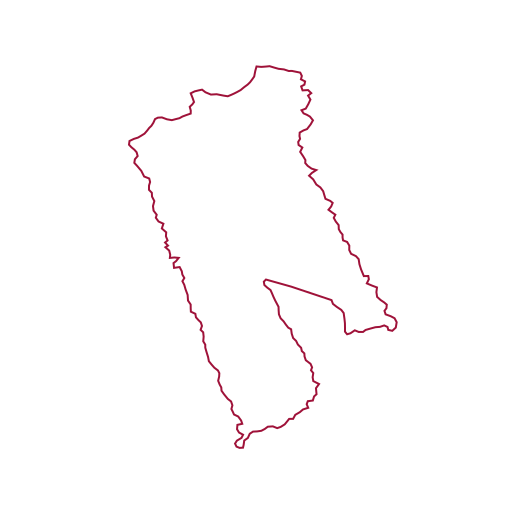 the district of Campo Azul, Minas Gerais, Brazil, rotated 287°
{"feature_id": "56859067B68712405721437", "entity_name": "Campo Azul", "entity_type": "district", "adm_level": 2, "iso_a3": "BRA", "parent_name": "Brazil", "parent_adm1": "Minas Gerais", "projection": "natural_earth1", "projection_center": [-44.775, -16.516], "detail": "fine", "context": "isolated", "style": "outline", "palette": "rose", "viewbox_px": 512, "rotation_deg": 287, "n_neighbors": 0, "source": "geoboundaries", "source_scale": "gbopen_adm2", "svg_char_len": 3896}
<svg xmlns="http://www.w3.org/2000/svg" viewBox="0 0 512 512"><g transform="rotate(287 256 256)"><path d="M329.0,101.4L325.3,102.0L323.6,105.0L322.1,108.6L320.3,111.5L317.0,113.6L313.1,111.9L309.5,112.4L307.4,116.0L303.9,121.4L299.3,125.8L298.9,131.2L295.8,133.1L292.1,133.1L288.0,134.3L286.0,137.9L282.4,139.2L278.8,142.7L273.6,142.9L269.4,144.8L266.4,149.0L263.3,149.0L260.5,152.7L259.8,158.0L254.8,157.9L252.4,163.2L248.5,164.1L245.0,166.9L242.3,165.1L240.2,168.8L237.9,166.8L235.8,171.4L232.1,173.6L229.0,174.2L230.7,178.3L231.6,182.6L227.8,181.1L225.1,179.2L220.7,181.1L223.1,186.2L219.7,189.5L216.7,191.0L214.0,193.9L210.4,193.0L207.5,195.8L203.5,198.4L198.8,202.0L193.5,204.0L190.5,207.7L187.0,208.8L183.7,210.0L183.0,214.9L179.8,216.5L177.8,219.8L176.4,222.6L173.3,224.8L169.2,224.6L167.6,227.8L163.6,229.5L159.0,230.5L156.4,233.4L153.5,234.3L150.1,236.5L145.4,239.7L141.6,241.7L139.3,245.1L137.0,248.8L135.4,253.1L133.2,255.2L130.0,256.0L125.6,256.3L122.4,258.9L120.2,261.2L117.1,262.4L114.4,265.9L111.1,270.8L109.6,274.7L106.3,277.1L102.5,277.2L100.2,279.4L98.0,281.3L97.3,285.9L94.3,289.9L91.5,291.9L89.1,287.6L84.8,288.5L82.2,291.4L81.3,295.9L77.8,295.3L73.8,291.7L70.5,290.8L68.0,293.1L67.7,296.4L68.9,299.6L71.8,299.4L76.1,298.7L79.6,301.4L84.2,302.0L87.2,304.5L88.6,308.4L90.4,312.2L93.2,315.0L96.2,317.2L98.0,321.9L97.6,326.6L99.8,329.6L103.4,332.7L107.3,334.3L109.9,335.3L111.1,339.1L115.6,340.0L119.5,343.6L123.0,345.8L126.1,350.3L129.1,347.8L132.3,348.0L134.4,352.6L138.7,352.6L141.5,354.3L147.1,352.0L152.0,353.7L153.1,347.4L156.6,345.6L160.8,345.0L162.8,342.0L165.9,342.2L168.8,339.7L170.9,334.1L174.1,331.8L177.0,330.7L178.5,327.6L181.4,326.0L183.6,321.9L186.5,319.2L188.4,315.5L192.1,312.9L196.2,311.0L196.9,307.8L199.2,304.5L201.6,301.5L203.6,297.8L206.9,295.0L210.5,293.6L214.0,292.4L216.3,290.1L219.0,287.4L222.1,284.6L225.1,282.1L227.7,279.8L229.1,275.9L230.7,272.5L233.7,271.0L236.4,272.4L237.0,298.6L235.9,341.1L232.7,343.6L231.0,348.0L229.4,353.3L227.1,356.5L224.3,357.8L221.7,359.0L217.7,360.7L213.4,362.1L209.7,363.2L207.8,366.0L209.7,368.9L213.8,372.2L213.4,376.5L214.7,380.6L217.3,382.4L220.1,386.7L222.8,391.0L224.5,395.3L227.1,398.9L226.6,402.5L224.0,404.1L224.3,408.2L228.4,410.6L233.8,409.9L237.0,406.7L237.8,402.5L238.1,397.0L241.1,394.9L244.2,396.0L247.7,395.3L249.1,392.1L250.3,388.1L252.3,383.8L256.6,381.7L261.3,380.9L261.6,375.8L262.2,370.0L266.8,370.7L269.7,369.2L268.3,365.0L271.1,362.7L273.9,360.4L278.4,357.3L283.0,355.1L285.1,351.6L285.9,346.3L289.0,343.4L293.2,342.2L296.1,339.0L296.4,334.7L298.9,333.4L301.8,332.5L303.6,329.7L305.9,327.3L309.7,326.0L312.3,322.2L315.2,319.2L318.7,319.8L319.8,316.3L321.4,311.8L325.3,313.4L329.2,313.8L330.4,310.9L331.0,305.7L334.1,303.6L337.6,301.3L340.4,297.5L342.0,292.8L346.0,288.3L348.3,283.3L351.7,285.1L355.8,288.5L355.8,283.6L357.3,279.1L359.3,275.9L362.2,275.2L365.2,271.9L368.5,267.8L373.3,268.6L374.6,264.3L377.4,263.0L380.9,263.9L383.4,262.5L386.8,261.7L390.0,264.7L392.3,267.7L397.9,269.8L402.4,270.8L405.1,266.8L405.9,263.4L406.3,259.8L408.7,256.9L411.5,260.5L416.4,261.6L421.5,262.3L424.6,258.9L427.9,261.2L429.9,257.3L428.0,252.1L431.4,249.6L434.0,252.2L437.3,251.9L438.1,247.3L441.6,247.2L444.3,244.7L443.9,240.6L443.5,236.3L442.5,233.2L442.6,228.2L441.6,222.8L441.5,218.2L441.5,213.5L440.1,210.2L438.4,205.8L437.4,201.1L432.8,201.2L427.1,201.8L423.7,200.7L420.4,199.5L417.5,197.9L414.0,195.3L410.2,192.8L407.3,190.0L405.0,187.6L402.8,185.1L400.5,182.3L399.9,178.1L399.2,171.1L397.2,165.7L397.8,159.8L399.3,155.8L397.6,152.7L395.5,149.2L392.5,146.0L388.8,149.0L385.1,151.7L382.4,150.8L379.3,149.0L376.0,151.1L373.1,151.9L370.5,148.3L367.9,144.9L365.4,142.5L363.6,139.5L361.3,135.8L360.7,130.9L361.0,125.5L359.6,121.7L357.4,119.4L353.4,118.9L349.9,117.9L347.2,116.4L344.2,115.3L340.4,113.6L337.2,110.8L334.7,108.5L332.3,105.0L329.0,101.4Z" fill="none" stroke="#9f1239" stroke-width="2"/></g></svg>